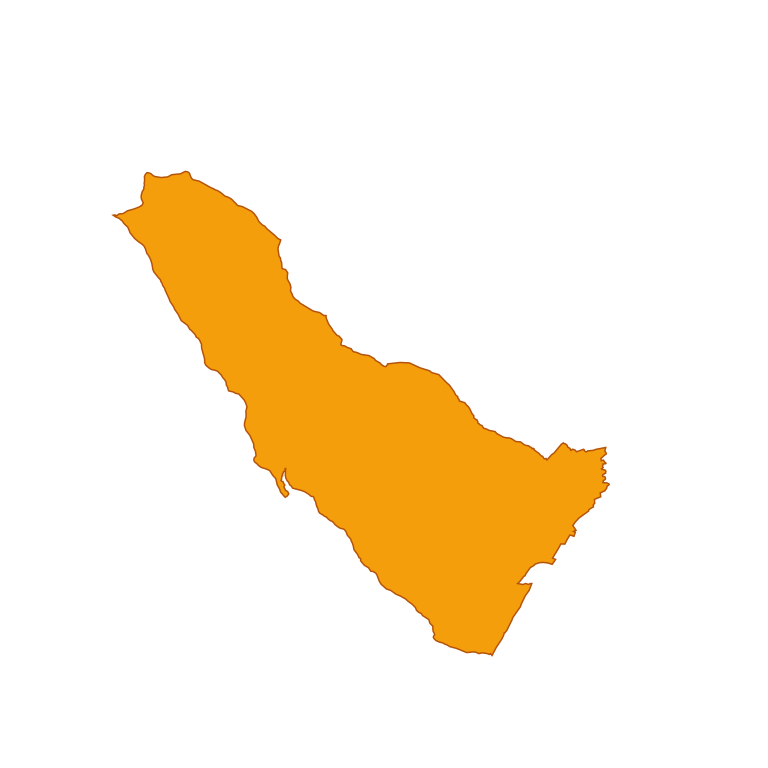 the district of Scundu, Vâlcea, Romania, rotated 335°
{"feature_id": "2599482B73493695377242", "entity_name": "Scundu", "entity_type": "district", "adm_level": 2, "iso_a3": "ROU", "parent_name": "Romania", "parent_adm1": "Vâlcea", "projection": "albers", "projection_center": [24.173, 44.858], "detail": "fine", "context": "isolated", "style": "filled", "palette": "amber", "viewbox_px": 768, "rotation_deg": 335, "n_neighbors": 0, "source": "geoboundaries", "source_scale": "gbopen_adm2", "svg_char_len": 6151}
<svg xmlns="http://www.w3.org/2000/svg" viewBox="0 0 768 768"><g transform="rotate(335 384 384)"><path d="M556.2,540.7L555.8,538.1L558.1,535.2L548.0,532.7L546.1,532.7L540.3,530.7L539.5,531.1L538.5,530.9L537.4,529.4L537.6,528.0L537.3,527.5L529.9,526.8L529.1,524.4L527.4,522.8L525.3,523.2L525.1,523.0L525.4,521.5L525.2,520.7L523.8,518.6L524.1,516.9L523.0,514.7L522.1,514.3L521.7,513.2L519.4,513.5L509.0,518.4L505.9,519.0L499.6,521.7L499.4,520.0L498.0,519.8L497.5,519.2L497.2,516.5L496.2,515.8L494.9,511.8L493.3,509.3L492.4,507.3L492.7,506.4L492.1,505.8L492.0,505.3L490.9,505.3L490.6,503.7L489.4,502.2L489.1,501.3L485.7,498.8L483.3,494.2L479.1,491.8L476.4,487.4L474.3,485.5L473.0,485.0L469.9,482.8L465.2,476.5L464.6,474.1L459.5,470.3L458.2,468.5L455.6,466.1L455.2,463.1L453.7,461.4L453.4,460.2L452.7,459.3L452.7,458.3L453.2,457.5L453.0,456.5L453.1,455.8L452.0,454.6L451.1,452.4L452.0,450.7L451.3,448.3L451.2,442.4L450.7,439.7L450.0,438.4L449.3,435.1L445.1,431.2L445.5,429.9L445.0,427.9L445.5,426.6L444.4,424.5L444.2,420.2L442.8,412.6L441.2,409.0L437.6,398.6L432.1,393.9L430.9,391.3L423.3,384.4L416.0,375.7L407.7,371.3L395.8,367.3L395.5,367.8L393.1,369.0L391.6,368.1L389.9,365.5L389.3,363.3L386.3,359.1L385.9,356.9L382.4,351.9L375.8,347.5L372.7,343.9L370.4,342.2L369.6,341.1L369.1,338.1L366.4,335.6L364.4,332.8L362.6,331.7L361.8,330.8L361.5,329.9L364.6,326.2L364.7,325.7L363.5,321.7L362.0,320.1L360.2,313.9L360.3,312.6L359.2,306.6L359.2,304.7L359.5,299.5L360.4,297.5L358.4,296.5L355.9,292.1L350.7,288.0L349.5,286.3L342.2,275.4L341.2,272.3L339.5,269.9L338.5,266.6L338.7,262.3L338.6,260.9L339.0,259.3L340.4,257.3L341.1,253.9L340.8,249.9L340.9,247.6L341.8,245.7L343.7,242.6L343.2,238.7L340.8,236.8L340.5,235.9L342.5,230.7L342.6,228.6L343.4,225.8L343.0,224.4L343.1,223.1L345.1,216.5L346.6,214.4L348.1,213.2L351.3,209.8L349.3,207.3L347.7,202.9L343.5,194.0L342.6,190.6L341.0,188.5L339.7,185.2L339.2,183.2L339.2,179.3L338.2,174.4L336.9,171.4L330.6,163.4L326.6,160.2L326.2,158.4L323.9,152.0L321.7,148.8L319.3,146.6L316.9,141.5L314.9,138.4L313.2,136.8L312.0,135.0L309.9,132.7L302.2,122.0L297.6,118.4L296.8,117.4L296.4,114.7L296.7,110.9L296.4,109.8L295.5,108.6L293.6,107.3L288.4,107.5L280.1,104.6L275.5,104.9L269.3,102.7L264.0,99.1L262.8,97.6L261.6,94.8L260.1,93.3L258.6,92.3L256.4,93.1L254.5,94.8L253.2,98.1L251.4,100.9L250.9,102.6L249.4,104.3L248.8,105.7L246.1,107.6L243.7,110.4L242.8,112.2L242.3,114.1L242.4,118.0L240.3,119.7L236.7,120.1L231.3,119.7L224.7,118.6L219.6,119.3L215.7,117.9L213.1,118.5L211.4,117.0L209.9,116.6L211.6,119.4L213.7,121.6L215.8,125.9L216.0,128.2L218.1,133.7L217.8,139.9L219.5,146.7L221.5,151.1L224.0,155.3L224.8,157.8L224.9,160.5L224.3,165.6L224.9,167.8L225.1,172.1L224.5,176.8L222.9,182.6L222.8,185.1L224.6,192.7L225.4,194.9L225.1,196.9L225.4,199.0L225.1,201.2L225.6,204.6L225.3,206.8L225.3,215.4L225.0,218.8L225.9,224.5L225.9,228.2L226.9,233.7L227.0,240.8L230.7,247.7L231.1,252.6L231.7,253.3L232.9,256.7L233.7,259.4L233.7,262.3L234.7,263.6L235.4,266.1L235.4,270.8L234.3,273.3L233.7,275.4L232.1,285.1L230.5,288.9L230.5,291.8L232.4,296.0L233.7,297.9L236.4,299.9L238.5,302.0L240.3,307.0L240.5,309.6L241.5,313.2L241.6,315.8L240.7,318.3L240.9,320.9L240.3,323.7L240.4,324.7L243.9,327.4L245.7,329.9L248.1,331.5L250.6,339.7L250.6,343.6L250.1,346.9L247.4,350.2L245.3,355.2L241.1,360.4L239.9,362.7L239.3,367.8L240.7,373.8L240.6,383.0L239.2,386.6L239.0,391.2L238.4,392.5L238.2,393.9L237.4,395.2L235.1,396.2L234.3,397.1L233.8,398.3L233.8,399.9L235.3,403.0L235.6,404.3L237.3,407.5L242.0,411.9L243.9,414.4L244.5,419.5L245.7,423.4L245.8,424.8L244.6,430.4L245.0,435.0L244.6,438.2L246.5,444.9L249.1,444.6L251.3,443.3L251.2,440.5L250.0,439.2L249.8,436.1L250.0,434.5L251.3,433.8L251.5,433.1L251.0,431.8L251.2,429.7L250.3,429.1L249.8,428.0L251.1,426.9L251.2,426.3L252.7,424.3L253.2,424.3L253.2,424.0L253.7,423.7L253.6,423.1L253.8,422.7L255.0,422.1L256.0,420.9L257.5,421.3L258.6,418.9L259.1,419.1L256.2,424.5L255.3,427.6L255.3,430.6L256.0,432.6L255.9,435.5L256.9,437.4L257.1,439.4L257.3,439.9L263.9,445.4L266.5,448.0L269.2,452.1L270.5,455.0L272.3,456.2L272.5,457.4L272.1,459.1L272.3,461.5L271.4,465.7L271.3,469.6L270.9,471.7L271.1,473.7L273.4,477.1L274.1,478.7L275.5,480.1L276.4,482.8L277.5,485.1L278.9,486.5L279.7,488.3L280.2,490.7L281.8,493.9L283.4,496.3L286.2,498.5L286.8,499.9L287.2,502.7L286.9,504.5L287.0,505.9L288.3,510.7L287.9,512.6L288.1,514.0L287.8,517.2L286.8,521.6L287.9,526.7L288.1,529.7L287.9,530.6L289.0,532.4L288.1,534.4L289.5,539.8L292.3,544.0L292.9,548.1L294.8,549.2L296.6,551.9L296.9,554.0L296.4,561.0L296.8,564.4L299.6,570.8L302.9,574.0L306.0,579.5L309.3,583.2L312.8,588.1L314.0,591.1L316.5,595.6L318.0,599.9L317.8,602.9L318.9,605.5L320.8,607.9L321.1,610.2L324.3,615.2L325.1,616.8L324.5,619.9L325.2,622.4L326.0,624.0L324.8,626.5L324.0,629.1L324.2,631.3L324.0,632.5L322.3,633.5L321.6,634.6L321.7,635.9L322.7,638.5L325.1,641.3L328.1,643.7L329.0,645.3L330.7,646.9L332.7,649.9L337.8,654.1L345.5,662.4L351.1,664.3L353.7,665.7L356.0,668.4L359.5,669.2L363.7,672.0L365.0,673.5L365.7,673.7L366.5,673.3L367.2,675.7L374.4,670.2L383.2,664.8L386.0,662.5L387.9,660.3L388.6,660.5L391.2,659.2L400.4,651.8L401.9,650.2L413.3,643.6L415.5,641.4L422.6,635.6L428.3,632.4L433.6,627.3L432.6,626.8L430.1,626.6L428.1,624.7L425.1,624.4L420.8,621.3L424.1,620.2L429.5,617.4L430.8,617.4L432.3,616.0L439.1,612.2L442.9,611.9L444.9,611.1L449.2,611.6L452.9,613.0L456.8,615.4L460.2,618.5L465.4,615.5L463.1,613.1L473.4,606.2L476.6,603.7L480.3,605.5L483.9,602.6L488.7,599.4L491.8,602.3L494.8,599.2L493.5,597.7L496.2,597.7L495.3,592.1L499.1,589.9L504.3,587.8L515.7,585.6L516.4,584.7L518.0,584.2L521.8,583.9L522.8,581.8L524.5,581.2L526.0,577.5L532.8,577.8L533.9,574.1L539.2,574.1L539.9,573.5L541.4,572.9L543.0,570.9L545.4,570.4L545.7,570.1L545.6,569.6L544.2,567.8L540.7,565.9L542.1,564.1L543.4,564.2L544.3,563.9L544.9,563.0L545.0,561.5L543.2,560.1L543.4,559.2L544.3,558.5L545.0,558.7L546.4,558.3L547.1,558.5L548.3,556.7L547.9,555.3L545.4,553.5L545.2,552.8L547.3,552.3L547.3,550.6L548.4,549.9L548.7,549.1L551.2,549.9L551.7,549.6L550.9,547.5L550.7,545.7L548.5,545.3L549.1,543.2L554.0,541.6L555.6,541.5L556.2,540.7Z" fill="#f59e0b" stroke="#b45309" stroke-width="1.5"/></g></svg>